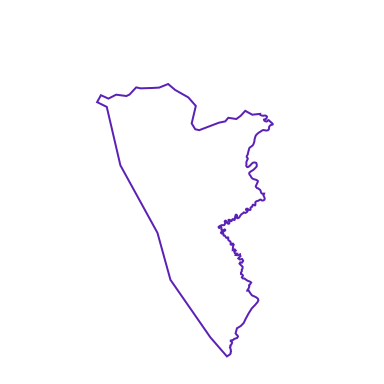 the district of Villa Sara, Treinta y Tres, Uruguay, rotated 309°
{"feature_id": "84410073B51130607975683", "entity_name": "Villa Sara", "entity_type": "district", "adm_level": 2, "iso_a3": "URY", "parent_name": "Uruguay", "parent_adm1": "Treinta y Tres", "projection": "robinson", "projection_center": [-54.408, -33.348], "detail": "fine", "context": "isolated", "style": "outline", "palette": "violet", "viewbox_px": 384, "rotation_deg": 309, "n_neighbors": 0, "source": "geoboundaries", "source_scale": "gbopen_adm2", "svg_char_len": 6108}
<svg xmlns="http://www.w3.org/2000/svg" viewBox="0 0 384 384"><g transform="rotate(309 192 192)"><path d="M295.5,195.7L290.0,190.2L288.6,182.3L281.9,181.9L276.6,180.5L272.5,173.5L267.8,173.4L262.8,169.3L244.6,158.7L242.8,155.0L245.1,148.6L261.3,140.8L263.2,129.6L260.7,114.7L260.9,105.5L252.5,100.8L247.7,95.5L240.2,86.8L238.2,82.8L228.4,82.1L225.3,80.6L219.9,71.8L212.0,68.3L209.9,60.3L202.1,61.7L204.5,72.2L167.7,119.5L138.5,190.9L110.2,230.5L90.6,297.7L86.2,322.6L89.7,323.7L90.9,323.6L91.4,323.2L91.9,322.8L92.5,322.8L92.9,322.3L93.3,321.9L93.4,321.7L93.9,321.4L94.2,320.9L94.7,320.0L95.1,319.4L95.4,319.5L95.6,319.4L95.5,319.2L95.8,319.1L96.2,318.9L96.9,318.8L97.1,318.7L97.1,318.4L97.9,318.5L99.0,318.4L100.3,317.9L100.6,317.4L100.7,316.9L100.4,316.1L101.0,315.6L102.5,316.8L103.4,317.2L104.2,317.2L107.0,318.9L108.6,318.7L109.2,317.6L109.1,316.6L109.6,314.8L114.4,312.7L118.5,314.2L122.7,314.6L127.4,313.5L133.2,312.4L139.2,311.7L143.7,312.1L147.7,312.2L149.7,311.7L150.6,310.2L150.5,307.8L149.4,303.5L150.2,300.5L150.6,299.4L150.8,298.8L151.1,298.3L150.6,297.7L150.3,297.3L150.1,297.0L150.4,296.9L150.8,296.8L151.4,296.8L153.2,296.5L154.5,296.1L155.0,295.3L155.5,295.0L156.1,295.1L156.6,295.3L158.9,294.9L158.8,293.3L158.1,291.3L157.8,289.4L157.8,287.3L156.8,285.9L157.1,284.4L159.0,284.3L159.5,283.0L159.1,281.7L160.2,280.8L162.0,280.5L162.8,279.6L164.1,279.5L165.6,278.6L165.8,277.6L166.0,275.6L166.2,274.0L167.7,273.8L168.5,275.3L170.7,275.1L171.5,273.1L169.6,271.6L169.5,269.8L170.9,269.8L172.5,270.1L173.8,268.6L171.6,267.3L170.6,265.7L172.3,265.6L171.3,264.0L172.2,262.4L174.0,262.9L174.3,261.3L172.5,260.2L174.2,259.0L175.8,258.0L177.3,257.6L177.5,256.9L177.7,256.5L177.2,255.8L176.6,255.8L175.9,255.9L175.6,255.4L175.7,254.8L176.4,254.5L177.0,253.8L177.6,253.1L177.6,252.2L177.5,251.1L177.7,250.2L178.2,249.7L178.7,249.4L179.1,249.2L179.4,248.8L179.3,248.4L178.8,248.2L178.3,248.0L178.0,247.5L178.2,246.8L178.3,246.2L178.5,245.6L178.7,245.2L178.7,244.8L178.3,244.4L178.1,244.0L178.4,243.5L179.1,242.9L179.4,242.4L179.2,242.1L178.9,241.8L178.5,241.4L178.4,240.9L178.4,240.5L178.6,240.1L178.9,240.0L179.4,240.0L179.8,240.3L180.3,240.8L180.6,241.1L181.0,241.3L182.2,241.7L182.6,241.9L183.2,241.9L183.5,241.6L183.5,241.0L183.1,240.8L182.6,240.6L182.0,240.3L181.6,239.8L181.2,239.3L181.1,238.8L181.5,238.3L182.1,238.0L182.5,237.5L182.9,237.2L183.1,236.7L182.8,236.2L182.4,236.0L181.7,235.9L181.2,235.8L181.1,235.3L181.3,234.9L181.8,234.6L182.4,234.9L182.9,235.0L183.3,235.1L184.0,235.4L184.7,235.8L185.2,236.2L185.6,236.7L185.9,237.1L186.2,237.5L186.7,237.9L187.3,237.9L187.8,237.6L188.2,237.5L188.8,237.5L189.1,237.3L189.2,236.8L189.3,236.5L189.7,235.9L190.2,235.8L190.8,236.0L190.9,236.4L190.9,237.1L190.7,237.6L190.6,238.2L190.4,238.6L190.1,239.0L190.1,239.5L190.1,240.0L190.4,240.5L190.8,240.7L191.3,240.6L191.9,240.3L192.3,239.7L192.6,239.0L192.7,238.5L193.2,238.0L193.6,238.1L193.9,238.6L194.1,239.1L194.3,239.7L194.0,240.5L194.2,240.9L194.8,241.0L196.0,240.6L196.3,240.6L196.6,240.8L196.9,241.2L196.9,241.5L196.7,241.8L196.7,242.2L196.9,242.6L197.4,242.6L197.9,242.4L198.4,242.1L199.0,241.5L200.3,241.0L200.8,240.7L201.7,240.4L202.1,240.5L202.3,240.8L202.1,241.8L201.7,242.3L201.1,242.6L200.5,242.6L200.2,243.0L200.1,243.3L200.2,243.8L200.6,244.2L201.0,244.4L201.7,244.7L202.2,244.7L204.2,244.4L204.9,244.4L205.6,244.4L206.1,244.5L206.5,244.7L207.5,244.9L207.9,245.1L208.3,245.2L208.7,245.1L208.9,245.4L209.1,246.0L209.2,246.5L209.6,246.8L210.1,247.0L211.0,247.3L211.5,247.3L211.9,247.3L212.2,247.2L212.4,246.9L212.4,246.4L212.2,246.0L212.1,245.5L212.3,245.0L212.6,244.9L212.9,244.8L213.2,244.9L213.6,245.1L213.8,245.4L214.0,245.9L213.9,246.3L213.7,246.8L213.7,247.2L214.2,247.9L214.4,248.1L214.7,248.5L215.1,248.6L215.3,248.5L215.6,248.3L215.9,248.0L216.2,247.6L216.7,247.4L217.0,247.4L217.8,247.7L218.5,248.0L218.9,247.9L219.6,247.4L220.0,247.3L220.5,247.4L220.7,247.7L220.9,248.2L221.0,248.7L221.0,249.0L221.2,249.3L221.4,249.5L221.8,249.4L222.2,249.1L222.6,248.8L223.1,248.4L223.4,248.0L223.9,247.8L224.3,247.7L224.7,247.7L225.2,247.9L225.7,248.1L226.1,248.4L226.6,248.8L227.1,249.1L227.7,249.3L228.9,249.7L229.2,250.0L229.4,250.4L229.3,250.8L229.3,251.2L229.4,251.6L229.8,252.2L230.3,252.7L230.9,253.0L231.6,253.1L232.2,252.9L232.8,252.5L233.3,251.7L234.2,250.0L234.5,249.4L234.9,249.1L235.4,249.1L235.9,249.3L236.2,249.1L235.9,248.7L235.5,248.4L235.1,248.0L234.9,247.6L234.8,247.1L234.9,246.6L235.0,246.1L235.4,245.5L236.2,244.4L236.5,243.7L236.5,243.1L236.4,242.4L236.5,241.6L236.4,240.9L236.0,240.3L236.0,239.7L236.1,239.2L236.2,238.6L236.5,238.0L237.1,237.8L237.9,237.6L238.6,237.4L239.5,237.2L240.5,236.9L241.2,236.8L242.0,236.3L242.0,235.4L241.9,234.5L241.6,233.6L241.2,232.7L240.8,231.8L240.5,230.6L240.6,229.5L240.8,228.7L241.2,227.8L241.5,227.0L241.6,226.1L242.0,225.3L242.5,224.7L243.2,224.4L243.7,224.5L245.4,224.9L247.6,225.7L248.8,225.9L249.5,226.0L250.2,226.1L251.0,226.1L251.8,226.2L252.8,226.1L253.6,225.5L254.4,224.6L255.0,223.7L254.8,222.9L254.4,222.1L253.4,221.1L252.9,220.9L252.0,220.7L251.2,220.6L250.4,220.6L249.8,220.5L249.1,220.5L248.3,220.3L247.3,220.1L246.4,219.7L246.1,218.9L246.3,218.1L246.7,217.5L247.5,217.1L248.1,216.6L248.7,216.0L249.4,215.5L250.1,215.2L251.0,214.9L252.9,214.5L253.4,213.7L253.4,213.1L253.7,212.4L254.3,212.0L255.0,211.9L256.2,211.7L258.1,210.7L259.2,210.2L260.1,209.9L260.7,209.5L261.5,209.2L262.5,208.9L263.5,209.1L264.5,209.4L265.4,209.6L266.3,209.8L267.6,209.7L270.5,208.7L271.6,207.9L273.2,207.1L275.2,206.3L276.3,206.0L277.6,206.1L279.3,206.3L280.6,206.7L281.5,207.0L282.6,207.4L284.0,207.8L285.1,208.5L285.6,209.4L286.2,210.6L286.7,211.3L287.4,211.8L287.9,212.2L288.9,212.3L289.6,212.0L290.2,211.5L291.1,211.0L292.3,210.8L293.7,211.1L294.7,211.9L295.3,212.2L295.8,211.6L295.9,210.3L295.9,208.8L296.0,207.9L296.1,207.1L296.0,206.2L295.2,205.8L294.5,206.0L293.6,205.5L293.1,204.4L293.0,203.5L293.2,202.8L293.6,202.4L294.9,203.2L295.6,203.5L296.9,203.3L297.8,202.7L297.8,201.7L297.5,200.7L296.8,200.0L296.0,199.3L295.5,198.3L295.1,197.6L294.9,196.6L295.0,195.9L295.5,195.7Z" fill="none" stroke="#5b21b6" stroke-width="2"/></g></svg>